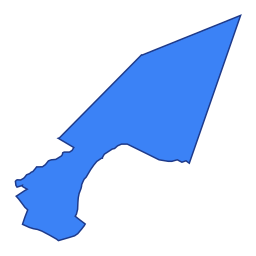 New Development, Soufrière, Saint Lucia
{"feature_id": "8701671B90589302469982", "entity_name": "New Development", "entity_type": "district", "adm_level": 2, "iso_a3": "LCA", "parent_name": "Saint Lucia", "parent_adm1": "Soufrière", "projection": "natural_earth1", "projection_center": [-61.052, 13.862], "detail": "fine", "context": "isolated", "style": "filled", "palette": "blue", "viewbox_px": 256, "rotation_deg": 0, "n_neighbors": 0, "source": "geoboundaries", "source_scale": "gbopen_adm2", "svg_char_len": 1526}
<svg xmlns="http://www.w3.org/2000/svg" viewBox="0 0 256 256"><path d="M141.5,54.9L59.5,137.8L58.2,138.3L73.8,147.5L72.1,150.4L69.5,152.1L67.3,152.1L64.1,152.1L62.7,152.8L62.4,154.5L61.5,155.9L59.1,157.4L55.8,159.4L51.4,159.8L50.4,160.1L48.4,160.9L46.0,163.9L45.1,164.9L44.2,165.5L42.5,166.8L37.8,166.9L36.6,166.9L35.5,168.4L32.9,171.5L31.7,172.0L31.1,172.3L29.6,173.6L26.6,174.8L24.4,177.6L23.3,178.5L20.6,180.0L19.2,179.9L17.3,179.8L16.8,180.0L16.4,180.2L15.4,181.3L15.7,183.8L15.9,185.3L17.0,187.1L17.4,187.0L18.7,186.6L19.7,186.3L22.4,185.3L22.2,186.2L23.3,187.0L27.2,189.2L24.1,191.0L21.7,192.6L21.1,193.0L17.8,195.2L16.2,196.2L18.6,198.9L21.1,202.2L25.0,207.4L26.4,208.6L27.3,209.5L27.7,209.9L25.0,216.9L24.3,218.9L22.5,224.3L23.3,224.7L26.0,225.9L29.3,227.4L32.5,228.4L33.0,228.6L36.1,229.2L37.4,229.4L41.7,231.0L49.5,235.1L56.7,239.2L57.2,239.6L58.4,240.6L58.8,240.5L68.8,237.6L74.6,235.8L77.2,234.0L77.6,233.8L81.0,229.8L81.2,229.6L83.3,226.9L84.1,225.9L85.2,224.0L80.6,220.5L78.5,218.9L77.6,218.2L75.2,216.2L76.4,214.2L77.6,209.4L77.9,202.4L78.1,199.6L78.3,197.5L78.6,196.0L79.1,193.5L81.0,188.5L81.5,186.4L81.6,185.5L81.7,184.6L83.0,181.5L84.1,179.2L86.1,177.2L90.6,169.6L93.9,164.9L96.8,161.4L101.5,158.2L102.4,158.2L102.6,157.1L104.3,154.2L112.3,149.0L114.6,148.5L117.6,145.8L121.5,144.1L126.4,144.1L127.3,144.1L146.4,153.5L159.1,159.8L161.5,160.2L168.2,161.3L171.9,161.3L177.3,159.8L181.9,162.2L186.0,160.8L189.3,163.2L240.6,15.4L142.0,55.1L141.5,54.9Z" fill="#3b82f6" stroke="#1e3a8a" stroke-width="1.5"/></svg>